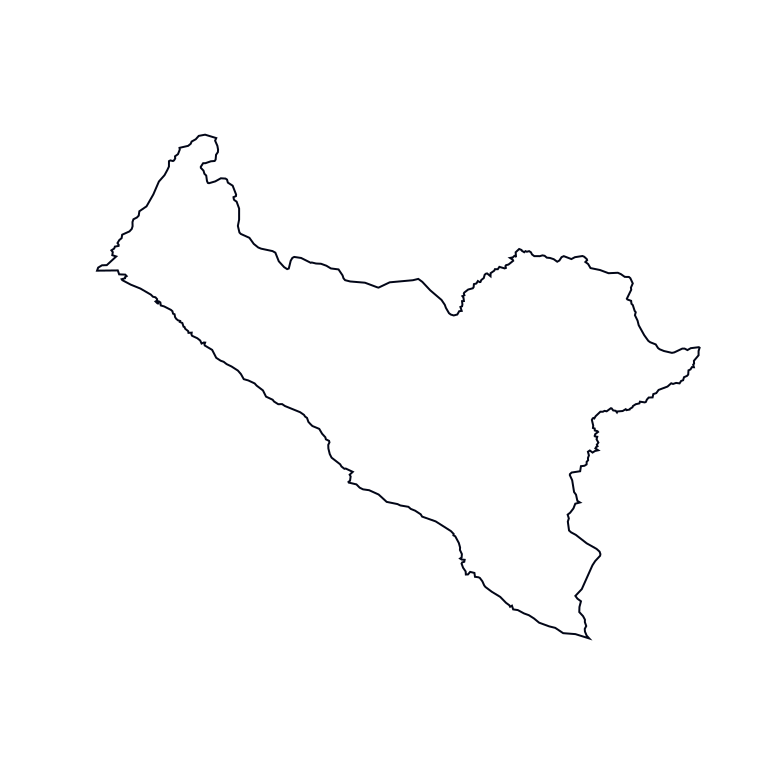 Morondava, Menabe, Madagascar, rotated 281°
{"feature_id": "10022922B91714644312966", "entity_name": "Morondava", "entity_type": "district", "adm_level": 2, "iso_a3": "MDG", "parent_name": "Madagascar", "parent_adm1": "Menabe", "projection": "robinson", "projection_center": [44.353, -20.514], "detail": "fine", "context": "isolated", "style": "outline", "palette": "ink", "viewbox_px": 768, "rotation_deg": 281, "n_neighbors": 0, "source": "geoboundaries", "source_scale": "gbopen_adm2", "svg_char_len": 6150}
<svg xmlns="http://www.w3.org/2000/svg" viewBox="0 0 768 768"><g transform="rotate(281 384 384)"><path d="M479.8,686.9L480.2,686.0L477.7,678.3L475.2,675.4L476.1,672.4L475.7,670.1L470.4,662.9L469.5,660.7L469.8,652.5L470.7,647.9L471.6,646.1L474.7,643.2L475.8,637.3L476.8,635.2L481.6,630.1L490.3,622.8L494.6,620.8L499.4,617.2L502.5,617.4L503.6,616.1L508.9,613.2L510.0,611.6L512.8,610.7L513.4,606.8L514.0,606.1L523.7,608.7L525.7,608.0L530.2,609.0L534.9,605.6L535.8,604.0L535.1,599.9L537.0,595.7L537.8,592.3L535.6,583.3L537.1,574.3L537.2,564.6L540.7,561.5L542.2,558.4L544.3,559.8L545.3,559.2L547.1,556.3L547.5,554.4L544.9,547.2L542.4,544.1L543.8,536.1L542.4,534.1L538.7,532.6L537.1,530.7L538.9,526.8L539.4,522.9L539.1,519.7L540.5,517.2L540.5,515.0L539.2,512.5L538.2,507.1L539.4,504.6L541.3,503.1L542.1,501.1L541.1,499.0L541.4,497.5L540.1,496.5L541.1,493.9L541.8,493.4L542.3,490.9L538.4,488.1L533.7,489.4L534.7,488.5L534.7,487.6L532.9,486.3L531.8,483.7L530.6,486.6L529.6,487.3L525.0,483.4L524.0,481.2L522.9,480.7L521.2,481.5L520.5,480.4L521.0,474.9L518.4,473.8L517.9,471.0L516.3,470.6L513.1,467.5L510.1,468.0L512.2,464.1L511.8,463.1L510.5,462.0L507.0,461.7L504.7,459.7L502.5,459.2L502.3,458.3L503.0,456.5L500.3,455.5L499.2,453.2L496.2,453.5L494.9,452.9L492.8,448.6L489.0,445.3L488.1,445.1L486.4,446.0L485.2,444.2L484.0,445.5L480.7,446.6L480.2,444.8L477.0,445.8L475.2,445.8L474.2,444.3L470.6,446.3L469.8,443.9L466.2,442.7L464.6,439.4L464.9,436.4L465.9,434.3L470.6,430.2L473.3,428.6L477.5,424.4L484.8,411.5L491.6,402.1L493.7,397.6L491.4,392.6L484.9,370.2L477.6,360.3L477.6,359.1L479.8,346.0L478.2,331.2L478.5,326.0L480.0,324.1L482.7,322.6L487.8,317.5L487.3,309.8L489.1,304.9L490.0,299.2L489.3,294.3L489.5,289.9L489.0,289.0L491.9,278.6L491.6,271.6L490.3,270.0L487.2,268.9L479.2,268.5L478.3,267.0L479.7,263.6L484.4,257.3L492.2,252.3L493.2,249.2L493.4,237.6L494.0,234.5L496.7,229.4L501.8,224.0L504.0,214.8L505.1,213.2L511.3,210.4L517.7,210.4L528.6,208.3L534.9,204.5L536.0,201.9L537.0,201.2L538.7,200.6L540.2,202.8L541.7,202.7L549.8,197.6L551.9,192.3L554.7,190.9L555.4,189.2L554.8,184.6L550.7,179.7L547.7,173.9L547.8,172.7L549.5,171.5L554.7,169.7L556.1,167.6L559.0,166.1L561.2,163.0L562.2,162.7L566.2,164.3L566.7,166.6L569.6,171.6L570.6,175.2L572.2,175.9L577.0,175.4L579.9,176.7L582.4,176.4L586.0,175.0L590.6,171.8L593.4,172.4L594.6,160.8L592.2,154.8L588.3,152.5L585.3,148.9L582.9,148.4L580.4,146.3L576.8,138.2L575.1,138.8L570.3,137.9L567.6,135.4L565.6,136.0L563.4,135.2L562.6,134.3L562.7,131.6L561.7,130.4L556.4,131.4L552.8,130.5L547.1,128.7L539.8,124.4L526.1,121.4L513.1,117.0L506.9,110.9L502.5,111.1L500.3,109.7L497.9,106.6L495.0,106.2L490.9,107.1L488.1,106.8L485.2,105.0L480.6,98.5L477.1,98.6L474.8,96.7L471.5,95.5L470.0,97.0L468.9,97.1L467.5,93.6L465.5,93.3L463.2,90.9L461.7,92.6L458.6,92.7L458.1,96.8L447.8,89.2L446.7,84.5L443.7,81.2L440.5,80.7L444.7,101.0L441.1,103.1L442.0,109.1L440.8,110.8L439.4,109.4L438.4,109.6L436.8,106.5L436.0,107.3L433.2,116.5L431.2,126.7L427.2,138.2L425.6,140.5L425.5,143.1L424.0,145.1L422.5,145.2L421.4,144.0L419.9,146.3L420.0,146.9L421.9,145.9L422.2,147.0L421.4,148.9L418.5,149.9L418.2,153.4L416.1,160.7L415.1,162.4L412.8,163.5L412.5,165.1L409.9,166.1L408.4,167.5L407.2,169.6L407.0,171.8L406.0,171.7L405.4,174.4L402.0,176.3L401.9,177.3L400.3,178.3L398.5,181.7L396.9,182.3L397.7,185.4L395.9,185.5L394.7,186.4L393.3,192.0L391.6,195.3L388.9,197.2L390.4,199.3L390.5,200.5L388.5,200.2L387.6,200.7L384.7,208.8L377.7,214.3L375.7,219.2L375.2,222.4L373.5,225.7L372.1,231.0L369.3,238.0L366.4,241.7L362.0,245.4L361.6,250.1L359.9,256.9L358.1,259.3L354.6,266.4L349.1,270.6L347.3,277.7L345.8,279.4L344.0,284.0L344.8,287.9L343.5,290.9L340.3,307.1L338.4,311.4L337.0,312.7L336.0,314.9L332.4,317.0L330.7,319.3L329.1,321.7L327.6,329.0L323.4,332.7L320.5,336.6L318.6,337.5L317.7,340.9L316.3,341.6L313.6,340.9L310.1,341.7L304.9,344.1L301.7,346.6L296.8,356.3L294.9,358.0L293.2,361.3L293.7,362.6L291.8,370.1L288.4,367.6L286.9,368.9L282.6,369.1L281.1,367.8L280.5,368.2L280.2,376.1L277.6,379.9L276.6,383.5L276.9,389.7L274.5,399.8L268.8,409.1L268.7,420.2L267.9,423.2L268.1,431.4L266.5,434.1L265.6,438.7L263.1,444.9L261.1,446.7L259.0,460.9L252.4,477.7L250.1,481.0L248.7,481.0L248.1,483.0L242.2,487.8L238.0,489.9L235.6,490.2L231.9,492.9L228.5,493.3L227.2,492.0L226.5,493.7L226.8,496.7L224.8,496.7L223.8,494.8L222.5,494.4L218.7,496.7L215.6,499.9L212.6,500.7L213.1,502.8L216.0,504.4L215.8,508.8L212.1,510.1L212.3,513.7L211.9,515.1L209.1,518.2L205.4,520.8L204.1,522.3L200.6,529.5L197.2,538.7L192.5,545.5L190.7,549.3L189.4,550.3L190.8,551.9L187.4,553.8L187.6,558.5L185.5,565.2L184.7,570.3L182.5,575.9L179.3,581.8L177.6,592.4L177.3,598.6L173.6,607.4L175.0,619.6L173.4,634.0L175.6,631.0L179.3,628.5L181.9,627.8L185.0,628.7L188.6,626.6L191.0,626.2L194.1,623.7L197.4,619.2L202.4,618.4L208.3,618.8L210.2,614.8L212.5,612.3L220.4,617.3L245.8,623.2L250.5,625.1L256.6,628.9L258.3,628.9L260.6,627.6L262.7,624.1L266.3,613.3L272.5,601.1L274.1,595.9L275.5,593.6L284.0,590.7L287.3,591.1L290.8,589.2L293.2,591.3L298.0,593.7L303.0,594.6L305.1,599.0L306.2,596.1L312.0,593.6L314.2,591.2L325.4,587.1L330.0,583.8L331.0,583.7L332.9,585.1L335.8,593.2L340.9,593.0L342.0,596.4L343.7,598.2L346.3,597.8L348.1,598.9L350.3,598.3L353.0,598.8L356.4,597.1L358.0,598.7L356.5,601.8L358.5,603.9L359.8,606.9L361.1,603.8L362.6,604.3L363.6,605.5L364.9,604.5L367.4,605.6L370.3,603.2L372.9,603.4L372.8,601.3L373.2,600.7L375.1,600.9L377.8,603.3L378.4,602.6L378.6,599.8L380.5,599.3L380.7,597.5L383.1,597.3L388.4,594.9L390.0,595.4L390.6,596.0L390.3,597.0L392.8,597.9L398.1,601.7L398.5,604.1L399.7,605.6L399.7,607.8L403.5,611.3L403.5,612.1L401.8,614.0L401.9,616.5L400.5,618.1L401.6,618.4L403.0,623.4L405.4,626.1L404.6,627.0L405.8,630.0L406.6,630.2L408.5,632.3L409.9,632.6L412.2,635.0L413.7,638.4L415.5,638.6L415.7,643.5L416.4,644.5L418.8,645.0L421.2,646.4L422.1,650.2L425.5,650.3L427.0,653.0L430.6,654.7L435.6,662.8L439.5,665.8L439.2,667.7L440.8,670.5L441.0,674.0L443.7,675.1L444.8,676.9L447.9,677.2L449.8,679.9L451.3,680.8L455.5,680.3L456.8,682.1L459.3,683.0L459.6,685.0L462.0,683.8L463.1,684.5L465.9,683.8L472.2,687.3L476.4,686.5L479.8,686.9Z" fill="none" stroke="#020617" stroke-width="2"/></g></svg>